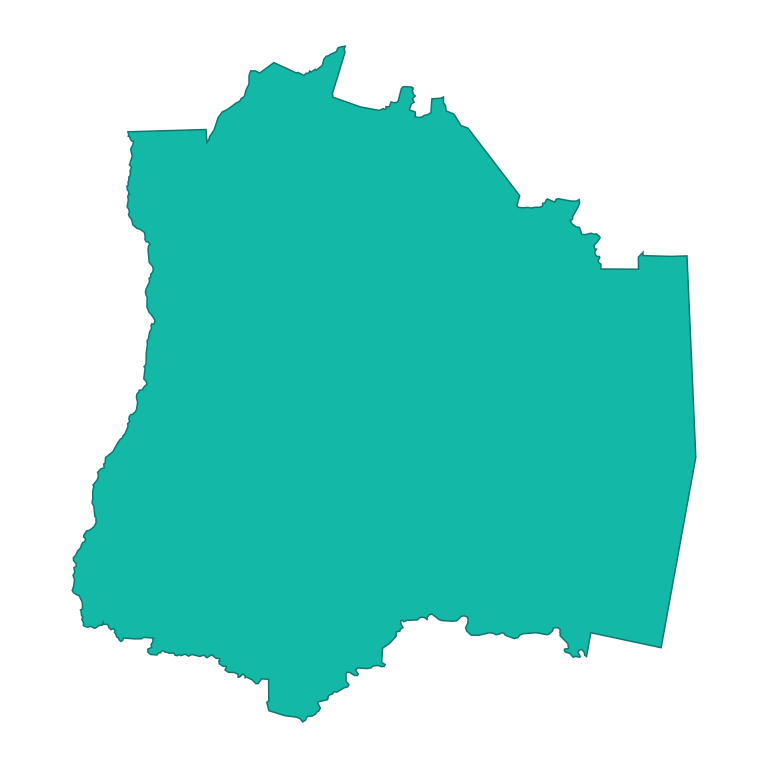 the district of El Alto, Catamarca, Argentina
{"feature_id": "61730980B19433533444932", "entity_name": "El Alto", "entity_type": "district", "adm_level": 2, "iso_a3": "ARG", "parent_name": "Argentina", "parent_adm1": "Catamarca", "projection": "albers", "projection_center": [-65.454, -28.418], "detail": "fine", "context": "isolated", "style": "filled", "palette": "teal", "viewbox_px": 768, "rotation_deg": 0, "n_neighbors": 0, "source": "geoboundaries", "source_scale": "gbopen_adm2", "svg_char_len": 6031}
<svg xmlns="http://www.w3.org/2000/svg" viewBox="0 0 768 768"><path d="M687.0,255.9L670.6,256.4L643.0,255.6L643.0,252.3L638.4,257.2L638.5,269.2L600.9,269.0L600.9,264.1L598.8,262.6L598.2,260.4L599.6,258.1L599.5,256.5L596.6,256.3L595.1,254.1L594.9,251.6L596.4,249.1L594.6,249.0L594.2,246.8L594.2,245.2L598.1,240.8L600.0,238.0L599.8,236.8L596.5,233.9L594.4,234.3L591.1,233.2L585.0,234.7L581.8,234.4L579.5,227.4L576.0,226.9L571.9,223.7L570.0,220.6L572.5,219.4L572.8,216.4L578.3,206.6L579.6,203.0L579.2,199.6L576.6,201.1L571.4,201.1L558.3,198.7L556.1,199.3L554.7,202.1L547.5,199.0L546.6,199.5L544.7,203.2L542.7,203.3L542.5,206.1L539.6,207.3L535.3,207.2L531.3,208.1L528.2,207.4L522.5,207.8L518.7,207.4L516.8,206.0L519.7,195.7L468.0,128.2L461.0,125.6L454.4,114.8L453.1,113.7L446.2,111.0L445.5,105.7L443.5,102.8L443.5,97.0L441.0,98.2L431.9,98.8L430.9,112.7L427.6,114.7L424.1,115.3L422.5,117.0L418.5,117.5L415.1,116.7L415.5,113.4L415.0,111.8L409.3,110.0L411.5,103.6L414.2,102.3L412.7,99.6L412.9,98.1L415.3,96.0L413.4,94.1L412.2,90.4L413.2,89.0L412.5,88.8L412.8,87.7L411.4,87.0L403.1,86.7L401.3,88.8L398.2,100.9L397.4,102.1L394.3,102.8L391.0,101.9L389.3,106.9L386.0,106.6L386.1,108.8L384.5,109.5L383.4,108.6L379.1,110.4L360.4,106.9L332.9,97.2L332.5,93.4L345.0,52.3L344.1,49.1L345.2,46.1L338.5,47.5L337.6,48.4L336.5,51.6L329.6,54.7L328.9,55.7L326.3,56.3L323.9,59.1L322.3,65.4L316.3,70.2L315.2,69.3L311.1,72.1L309.8,71.0L308.8,72.8L307.7,73.4L306.1,73.2L304.0,75.4L297.7,72.4L296.4,73.0L273.9,62.6L259.7,73.1L255.4,70.9L250.7,70.9L249.0,75.7L249.0,84.0L246.0,90.1L244.3,96.6L241.3,98.4L239.6,101.4L236.6,102.7L227.1,109.7L222.3,111.9L218.2,117.5L214.0,130.1L209.4,137.0L209.1,139.0L206.9,142.5L206.0,129.5L127.9,131.8L128.8,135.5L128.2,136.1L129.7,137.0L130.5,139.5L131.9,141.1L133.5,141.4L132.9,144.7L130.6,149.4L132.3,156.2L130.1,162.5L130.1,164.1L129.4,164.6L131.5,167.5L130.1,170.4L130.0,171.6L130.6,172.3L130.1,173.7L130.4,175.4L128.8,177.0L128.8,180.9L128.0,181.8L128.3,185.1L126.9,186.3L127.4,190.0L128.5,191.2L128.7,193.3L129.6,194.4L128.2,195.0L127.8,196.7L128.3,199.9L127.1,207.0L128.8,209.2L129.4,212.0L128.5,214.5L129.2,216.4L131.6,219.5L132.9,224.9L137.0,228.4L140.1,229.2L144.4,232.4L145.2,236.7L144.9,239.3L146.0,241.7L148.3,242.0L149.9,244.5L148.5,245.8L148.0,249.7L149.2,262.4L152.6,266.5L153.2,268.6L152.9,271.7L150.8,274.2L150.7,277.2L149.1,278.1L149.5,281.8L146.4,288.3L145.4,291.8L145.9,294.7L147.2,297.3L146.9,306.8L149.2,312.7L150.6,313.6L154.9,320.0L154.3,323.6L153.0,324.4L151.9,323.7L151.0,325.6L151.5,328.4L149.4,332.7L148.3,339.1L147.1,340.6L147.4,344.8L146.2,353.1L146.1,362.7L145.8,364.7L144.0,366.8L144.9,367.4L145.0,368.8L143.8,378.8L146.3,381.7L146.9,384.3L144.0,387.0L142.2,389.9L139.2,390.2L138.7,392.3L137.1,393.6L136.4,397.1L137.6,402.4L136.6,409.1L135.1,412.3L133.4,413.3L132.9,414.3L130.8,414.6L129.3,416.5L128.9,419.3L129.7,421.3L127.7,423.6L128.0,426.5L125.0,433.7L123.0,435.9L122.4,437.9L120.4,439.1L117.6,443.0L112.9,451.7L105.6,457.5L105.0,463.3L103.7,464.0L104.2,467.9L100.9,468.8L97.6,472.3L98.4,475.1L98.1,477.5L97.2,479.8L93.0,485.1L93.8,486.3L92.7,491.4L92.8,499.2L92.1,501.6L92.1,503.0L93.9,506.5L94.8,516.3L95.9,517.4L96.1,522.8L93.9,526.9L89.7,530.1L86.6,530.9L83.8,535.1L83.8,537.2L85.2,538.3L85.4,540.1L84.3,542.1L82.9,542.4L81.1,545.5L81.0,547.5L77.7,550.9L75.5,555.5L73.4,557.6L73.5,560.4L76.0,563.6L76.1,566.4L73.9,567.7L74.8,572.4L73.0,575.3L74.5,579.5L73.7,585.9L72.2,590.5L73.5,592.6L76.8,594.9L79.0,595.5L82.3,602.3L82.5,608.8L80.4,610.0L81.1,611.5L81.5,615.4L82.8,616.9L81.9,619.3L83.5,622.7L83.3,624.9L84.2,626.2L87.3,627.2L90.9,626.4L94.0,628.1L95.7,628.1L98.6,625.6L102.4,625.1L103.1,622.5L103.7,624.3L107.1,624.3L108.3,625.4L108.8,627.7L111.1,629.7L113.4,628.5L115.1,630.5L114.5,632.4L116.1,634.8L116.6,636.9L118.4,638.0L119.1,639.9L121.0,641.5L122.7,640.3L123.6,638.0L134.7,638.9L141.5,638.8L143.4,637.4L153.6,638.1L152.8,639.6L153.1,641.1L151.1,644.8L151.6,647.5L147.9,649.0L147.9,652.1L150.5,654.5L157.0,655.0L158.5,652.9L160.6,652.8L161.8,650.9L163.7,650.9L165.0,652.1L167.0,652.2L168.7,653.2L173.7,653.0L175.2,655.3L177.2,655.7L179.4,654.6L180.9,655.6L185.2,654.2L188.5,656.1L191.9,654.5L199.7,656.4L203.5,655.3L204.9,655.8L206.5,657.6L207.4,657.5L210.9,655.1L212.3,655.1L215.9,658.2L219.6,658.6L220.0,659.8L218.8,660.9L219.3,663.7L223.0,666.3L226.0,666.4L226.3,667.6L225.2,669.3L225.3,670.3L228.5,672.3L234.3,672.5L236.8,673.6L238.3,674.7L238.0,677.2L239.5,677.1L242.9,674.0L245.1,675.9L245.0,678.5L245.4,677.1L246.9,677.2L252.2,679.9L256.1,683.8L258.2,683.4L261.6,678.9L268.6,679.3L268.8,700.8L266.8,702.3L268.9,710.7L285.0,715.7L296.7,717.2L300.0,718.6L302.7,721.9L305.6,720.1L306.4,717.8L307.9,716.3L312.3,716.0L315.6,714.1L316.4,712.5L319.1,710.7L320.3,708.1L317.7,702.9L318.1,701.9L327.1,699.8L328.0,698.9L328.1,696.7L329.1,695.1L332.2,694.1L334.1,691.6L336.5,692.1L337.9,691.6L343.5,688.1L348.0,686.7L348.9,684.5L346.1,681.4L346.0,674.7L346.5,672.6L349.3,672.2L354.6,675.5L357.5,675.4L358.2,674.1L355.6,670.0L357.8,667.9L367.0,668.6L371.3,667.8L372.6,666.2L377.8,665.4L381.8,666.7L384.5,666.3L385.1,664.4L381.6,662.6L382.6,648.2L389.4,643.5L396.2,636.2L396.1,632.1L399.9,631.1L400.5,628.9L402.9,627.7L400.6,622.8L400.7,620.9L402.3,620.2L403.7,621.7L407.0,620.3L417.2,619.9L420.4,617.3L424.2,617.4L427.0,619.4L427.4,616.8L429.3,614.7L431.2,614.2L432.3,614.3L439.1,619.6L442.4,620.6L453.1,621.2L456.9,620.7L461.3,616.3L464.2,615.8L467.4,617.1L468.2,619.6L467.7,623.5L465.6,627.7L466.6,630.9L471.2,635.2L479.1,635.2L489.5,632.7L493.4,633.3L495.8,634.8L499.3,634.1L502.2,632.6L504.3,633.6L505.4,635.3L514.4,638.6L517.9,637.6L519.7,635.2L523.0,633.7L536.2,632.7L547.2,634.7L549.0,634.1L552.6,630.9L553.4,627.9L557.9,627.6L560.2,629.6L559.9,633.0L560.6,633.4L560.0,635.6L567.8,643.6L568.6,648.5L564.5,649.1L564.5,651.2L565.8,652.3L569.6,653.2L573.1,657.2L575.6,656.4L579.3,657.2L580.4,656.8L578.1,652.5L579.0,650.3L581.7,649.4L584.2,652.3L584.7,655.3L586.5,656.5L590.8,632.7L661.1,647.7L695.8,457.2L687.0,255.9Z" fill="#14b8a6" stroke="#0f766e" stroke-width="1.5"/></svg>